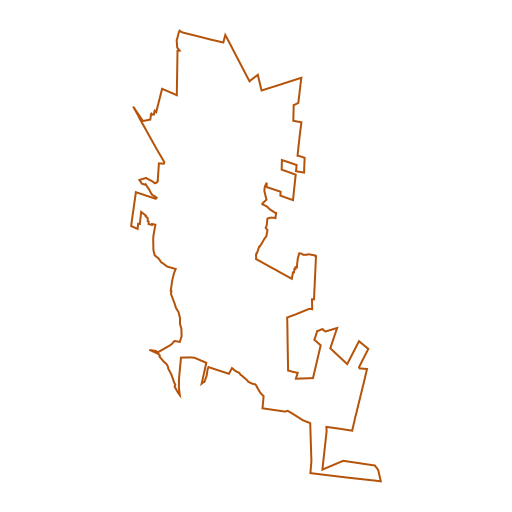 Acanceh, Yucatán, Mexico
{"feature_id": "50627088B2237882581222", "entity_name": "Acanceh", "entity_type": "district", "adm_level": 2, "iso_a3": "MEX", "parent_name": "Mexico", "parent_adm1": "Yucatán", "projection": "equal_earth", "projection_center": [-89.45, 20.818], "detail": "fine", "context": "isolated", "style": "outline", "palette": "amber", "viewbox_px": 512, "rotation_deg": 0, "n_neighbors": 0, "source": "geoboundaries", "source_scale": "gbopen_adm2", "svg_char_len": 5034}
<svg xmlns="http://www.w3.org/2000/svg" viewBox="0 0 512 512"><path d="M225.3,35.0L223.3,42.5L211.3,39.7L211.2,39.7L195.2,35.6L191.9,34.8L188.2,33.9L184.2,32.9L181.8,32.2L179.6,30.7L179.4,31.3L179.1,31.7L178.9,32.0L177.3,38.4L176.9,39.1L176.7,40.5L177.2,47.6L179.6,50.6L177.5,50.8L176.8,95.2L162.1,88.8L156.2,112.1L154.7,110.7L154.4,111.7L154.0,114.5L152.2,114.6L151.5,113.6L150.8,114.3L151.2,115.1L150.8,115.8L150.3,119.6L149.7,119.7L148.9,119.8L148.3,120.0L147.6,120.1L147.0,120.2L146.6,120.3L146.2,120.4L145.8,120.5L145.5,120.5L145.1,120.6L144.7,120.7L144.2,120.8L143.3,120.9L142.9,120.9L140.9,118.1L140.1,116.8L133.2,106.6L138.5,116.1L139.2,117.8L141.2,121.3L143.8,126.0L146.1,130.1L147.7,133.0L149.8,136.8L153.4,143.2L153.7,143.8L153.9,144.2L154.6,145.2L155.5,147.0L156.1,148.1L156.5,148.8L157.1,149.8L157.8,151.0L158.0,151.4L158.6,152.4L159.2,153.4L159.8,154.5L160.6,155.8L161.6,157.5L162.4,158.8L163.0,159.8L163.6,161.0L164.3,162.1L163.8,163.7L158.9,163.4L157.7,181.5L157.2,181.6L156.6,182.6L155.0,183.3L152.1,181.2L150.2,180.2L147.0,178.6L146.5,178.1L145.8,178.0L139.4,180.0L141.9,183.7L145.1,184.7L145.6,184.2L149.4,189.9L150.9,193.0L152.3,195.0L154.6,196.2L156.0,197.1L156.7,197.9L155.7,198.8L135.9,192.2L131.5,223.2L131.2,226.1L137.6,228.9L138.2,223.7L139.8,224.0L141.2,211.9L145.9,215.7L145.7,216.4L147.6,217.9L147.8,221.3L148.6,221.5L148.6,224.1L152.0,224.9L152.1,224.0L155.4,224.7L153.4,235.8L153.2,239.8L153.4,250.0L154.1,253.0L154.3,253.4L154.7,255.3L158.7,258.6L161.3,262.4L163.1,263.4L167.0,266.5L175.7,269.0L173.9,273.5L172.2,280.5L171.3,286.9L170.7,290.9L171.4,291.1L171.0,294.0L175.1,304.9L175.7,307.4L178.6,312.3L180.0,318.2L180.0,323.9L181.4,328.8L181.6,336.3L179.8,341.9L174.5,341.0L171.1,344.7L158.1,352.2L155.8,351.0L149.3,349.9L151.0,350.5L154.2,352.0L159.0,354.3L159.2,354.7L159.8,355.6L159.5,356.6L161.6,359.1L164.2,362.1L164.9,362.5L166.5,364.1L167.4,365.5L167.7,366.2L168.0,367.2L168.2,368.5L170.0,371.9L170.9,373.6L171.6,375.1L172.2,377.0L173.2,379.6L174.2,382.6L174.9,383.9L175.3,384.7L174.6,386.8L175.0,387.3L178.1,392.8L179.8,395.1L178.9,387.7L179.0,378.9L181.0,357.6L190.5,357.4L194.6,357.8L206.3,362.8L201.7,383.6L202.9,382.6L204.4,381.9L206.3,376.8L206.8,374.8L207.5,369.9L207.6,369.3L208.5,367.1L228.9,373.8L232.0,368.1L235.5,371.0L239.4,373.0L240.6,374.9L241.8,375.6L247.0,380.1L248.4,381.9L252.3,383.7L255.4,384.4L256.9,386.6L256.8,386.8L260.4,392.9L263.6,396.2L262.5,408.3L285.1,411.6L287.7,410.8L294.7,415.0L302.9,420.3L310.2,423.1L311.4,461.1L310.4,473.1L328.3,475.3L347.5,477.6L374.0,480.5L380.8,481.3L378.2,470.1L377.0,468.3L374.8,465.5L343.2,460.8L339.5,462.4L322.4,469.6L326.6,431.4L326.4,426.9L327.6,427.1L328.7,427.2L340.8,428.9L352.2,430.7L352.3,429.7L352.5,429.2L353.0,427.2L353.8,423.6L354.2,422.1L354.8,419.4L355.3,416.8L356.0,414.5L356.5,412.5L358.7,403.3L359.3,400.9L360.1,397.9L360.3,396.8L360.5,396.0L361.3,392.7L361.9,390.4L362.7,386.9L363.4,384.3L364.1,381.5L364.4,380.1L365.2,377.1L365.2,376.4L365.5,375.4L367.0,369.0L359.6,368.4L359.0,367.2L368.3,348.9L359.0,341.2L347.2,364.1L330.3,348.3L333.4,339.0L337.1,328.0L325.5,331.5L323.1,329.9L322.6,329.1L322.4,329.2L321.1,329.5L318.9,330.6L317.2,331.0L317.0,331.7L315.4,336.9L314.3,339.7L320.7,345.3L319.8,349.1L313.0,378.1L295.9,378.7L296.0,378.2L297.7,372.8L292.7,371.8L288.1,370.5L287.6,342.4L287.5,334.1L287.2,317.5L294.1,315.0L304.2,310.9L309.4,308.8L312.2,309.2L312.0,299.3L314.0,299.3L316.0,256.2L315.4,256.1L315.3,255.5L308.9,254.3L307.2,254.5L306.5,254.9L305.7,254.7L303.6,254.9L301.0,253.5L299.2,253.3L297.8,258.5L297.3,262.6L296.9,266.5L297.0,267.3L295.5,267.2L295.5,268.8L294.5,268.8L294.6,269.3L294.1,271.2L294.0,272.4L293.0,272.4L292.9,272.7L291.8,278.8L280.7,272.7L275.6,269.8L270.2,266.9L256.0,259.0L256.1,258.6L256.2,256.9L256.0,255.8L256.1,254.3L256.5,253.3L256.9,253.3L259.2,246.6L259.7,246.6L260.3,245.6L261.7,243.5L264.2,239.1L265.2,237.7L265.7,237.1L266.5,236.0L266.6,235.6L266.6,234.0L267.1,232.6L267.4,230.0L266.6,229.1L265.7,227.7L266.5,226.3L266.5,225.8L266.9,223.9L267.1,222.0L267.2,220.0L267.5,218.5L271.1,217.6L272.3,217.7L274.0,217.8L275.4,218.1L276.1,213.0L275.2,212.8L269.9,209.4L266.9,206.5L262.3,204.2L262.6,203.3L266.5,199.6L265.8,197.0L265.1,194.1L264.5,191.7L264.4,190.5L264.6,187.9L264.9,186.5L266.7,182.7L266.6,186.9L266.8,187.1L280.2,191.6L280.6,191.8L280.4,195.6L285.8,197.6L293.0,200.1L294.5,185.7L295.7,174.7L287.0,171.5L281.7,169.7L281.8,163.9L281.9,160.0L284.5,160.9L287.0,161.7L290.2,162.8L293.4,163.9L296.6,165.0L296.4,167.8L296.0,171.2L298.7,171.7L302.1,172.3L303.5,172.5L304.1,172.6L304.2,168.8L304.3,165.1L304.5,161.3L304.6,157.8L302.4,157.1L302.0,156.9L300.1,156.3L297.9,155.6L297.6,155.7L297.6,155.3L297.9,152.1L298.2,149.8L298.5,146.2L298.9,143.3L299.2,140.4L299.5,137.5L299.9,134.1L301.4,122.3L293.3,120.8L293.7,105.0L294.6,104.8L298.3,102.9L301.3,77.8L261.6,90.5L260.9,87.8L260.8,87.5L259.4,81.4L259.3,81.1L257.8,74.8L251.4,79.7L250.9,80.1L249.5,81.3L248.6,79.6L248.4,79.2L248.2,78.8L233.2,50.1L231.5,46.7L225.3,35.0Z" fill="none" stroke="#b45309" stroke-width="2"/></svg>